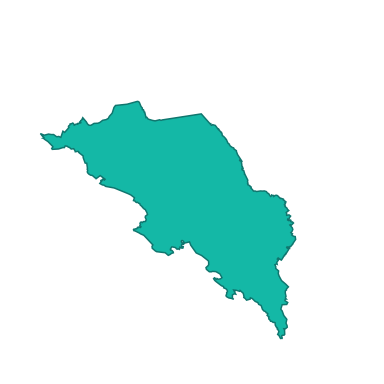 NCR, Second District, Quezon City, Philippines (Equal Earth projection), rotated 125°
{"feature_id": "2640588B12869096786612", "entity_name": "NCR, Second District", "entity_type": "district", "adm_level": 2, "iso_a3": "PHL", "parent_name": "Philippines", "parent_adm1": "Quezon City", "projection": "equal_earth", "projection_center": [121.081, 14.655], "detail": "fine", "context": "isolated", "style": "filled", "palette": "teal", "viewbox_px": 384, "rotation_deg": 125, "n_neighbors": 0, "source": "geoboundaries", "source_scale": "gbopen_adm2", "svg_char_len": 6018}
<svg xmlns="http://www.w3.org/2000/svg" viewBox="0 0 384 384"><g transform="rotate(125 192 192)"><path d="M149.2,288.8L157.3,295.5L165.0,304.3L167.5,304.4L173.2,302.6L177.4,303.1L179.8,302.8L182.0,303.9L184.5,306.3L188.2,307.5L189.7,308.6L192.0,311.6L195.3,313.0L196.4,314.7L196.2,316.7L195.2,318.7L193.8,324.1L195.6,323.8L195.6,323.5L197.4,324.1L198.9,323.6L198.8,323.0L199.1,322.9L199.3,324.0L200.1,323.5L201.4,324.9L202.1,324.5L202.7,325.8L204.8,326.8L204.0,328.1L203.9,329.2L205.3,330.0L206.2,330.9L207.0,330.5L208.8,330.9L209.5,330.6L209.8,329.8L216.2,330.5L216.2,332.6L222.5,330.8L222.9,333.0L224.1,334.2L224.4,334.9L224.3,338.3L225.7,340.3L226.8,342.7L230.2,345.6L231.1,349.7L231.9,347.0L231.5,347.1L232.4,344.4L233.3,344.9L233.1,344.4L233.4,343.3L233.3,338.9L234.6,332.1L234.9,331.8L236.8,331.9L237.2,330.9L233.3,326.0L229.6,323.2L228.8,322.0L227.0,322.3L226.1,320.5L226.2,319.4L225.8,317.8L226.1,315.6L224.4,313.8L225.2,311.7L226.0,310.7L224.0,308.6L224.3,307.2L224.6,307.2L224.9,301.9L226.3,300.8L229.6,296.1L228.8,294.7L232.7,291.1L233.4,291.0L234.1,289.8L235.5,289.4L236.1,288.6L236.5,286.9L236.4,284.8L235.6,283.1L236.0,279.5L235.8,278.9L236.1,278.2L231.2,276.6L231.4,270.5L232.5,270.7L232.4,272.4L234.3,272.3L234.3,273.1L235.1,273.2L235.4,272.9L235.5,272.3L237.9,272.4L237.6,269.4L236.9,268.1L236.9,265.9L233.3,258.0L230.0,243.4L229.5,240.5L229.7,235.9L232.6,235.0L232.1,233.5L232.5,232.5L232.4,231.4L231.7,230.8L231.8,229.1L231.5,228.1L232.3,227.1L232.7,223.9L233.1,223.6L233.1,222.3L233.4,221.3L233.1,220.4L234.7,217.2L236.0,215.5L238.5,216.3L239.7,215.7L240.8,213.7L242.8,213.2L244.2,214.9L245.6,215.2L245.7,216.4L246.4,216.8L247.6,216.6L248.2,215.6L249.2,215.6L249.6,215.1L249.5,214.5L249.7,213.9L250.6,213.8L251.1,215.3L252.0,216.1L252.2,215.8L252.7,216.3L253.8,216.2L254.8,217.4L255.8,217.9L256.0,218.4L256.5,218.3L257.0,217.3L256.6,216.6L255.8,211.5L255.8,210.2L255.1,206.6L257.8,193.7L259.4,193.6L260.9,192.3L261.3,188.3L261.2,186.8L257.1,179.1L257.5,175.1L256.0,174.2L253.9,173.5L252.5,172.4L251.9,173.0L251.5,174.3L251.4,175.5L251.9,176.0L251.8,176.5L250.9,177.0L248.4,177.0L247.0,173.7L247.5,171.9L247.2,171.2L246.4,170.7L246.3,169.5L245.6,169.5L244.2,170.2L243.8,168.1L243.1,167.3L241.8,167.8L241.9,168.4L242.5,169.4L241.3,170.3L240.5,170.3L239.7,168.9L239.1,168.9L238.8,169.6L239.2,171.0L239.2,171.7L238.5,172.5L237.8,172.6L237.4,172.3L237.2,171.3L238.0,168.7L234.3,165.4L236.3,162.5L239.5,153.6L238.5,147.7L239.0,139.2L239.6,138.4L241.9,136.7L243.2,136.6L245.9,137.2L247.1,135.8L247.4,132.1L246.4,130.5L245.2,129.6L243.5,126.7L243.1,122.1L245.0,118.3L246.7,118.8L248.4,120.4L248.5,121.8L249.1,121.6L249.7,122.0L249.3,123.9L249.4,124.4L250.6,124.6L251.4,122.7L251.6,121.0L251.9,114.0L251.4,112.4L251.8,111.3L252.3,111.1L251.8,108.5L252.1,107.4L252.5,106.5L253.3,105.8L254.6,105.9L255.4,105.2L256.7,104.9L257.5,104.6L257.9,103.7L257.7,101.2L256.4,98.2L256.0,96.3L255.8,97.9L253.3,99.8L251.9,99.4L251.1,98.8L250.6,97.6L248.4,101.7L248.0,100.9L248.4,100.0L247.3,99.9L246.0,96.0L245.6,95.8L245.1,96.0L245.6,91.9L247.9,89.4L248.7,89.1L248.7,87.4L249.3,85.3L246.4,82.9L245.2,83.5L244.7,81.6L245.4,77.5L244.8,74.7L245.8,72.9L245.3,70.3L247.7,67.0L248.2,65.0L247.8,63.1L248.4,61.8L248.1,61.0L248.3,60.0L250.0,59.7L250.2,57.3L251.0,57.2L252.1,55.9L252.0,55.2L252.8,53.5L252.2,52.5L252.3,50.7L251.7,50.0L251.4,49.0L253.3,47.4L254.3,45.4L254.3,44.2L254.8,43.6L255.3,43.7L255.4,42.8L256.5,40.7L259.6,40.1L259.6,38.6L261.2,35.5L260.7,35.1L260.4,34.3L259.9,34.3L258.6,35.9L258.1,36.0L257.3,35.6L256.5,34.5L255.4,34.4L251.9,37.1L251.3,38.3L250.5,37.0L248.1,36.4L246.9,37.5L245.5,39.8L241.9,41.3L240.5,46.0L237.7,49.9L237.1,52.0L232.6,53.5L229.8,49.9L227.6,50.2L227.7,53.5L227.4,53.8L226.0,54.1L225.6,53.4L225.3,54.5L224.1,55.2L223.6,55.1L221.2,57.7L219.3,58.9L218.1,58.4L217.3,59.0L214.4,58.6L213.7,62.5L213.2,67.9L210.9,72.4L209.4,74.5L207.0,75.8L206.6,79.6L205.1,80.5L204.0,82.4L202.2,81.3L202.2,81.0L201.1,82.2L198.0,82.2L198.0,83.7L196.6,83.6L196.6,79.8L195.8,79.7L190.8,80.0L190.8,79.7L190.0,79.9L189.3,79.5L188.6,80.0L188.4,79.6L183.3,79.9L183.3,82.5L182.6,82.6L182.6,82.2L181.8,81.9L181.8,80.0L181.0,80.6L180.4,80.5L180.1,79.9L176.8,79.6L176.8,79.8L171.4,79.9L169.3,81.9L169.9,83.1L170.0,82.7L170.0,85.7L168.6,85.7L168.6,87.7L166.8,87.5L164.9,87.9L163.8,89.3L162.9,92.9L162.2,92.6L162.3,91.6L159.2,91.1L158.9,92.5L159.4,93.1L159.5,94.3L158.5,94.7L158.5,95.3L159.9,96.2L160.1,97.6L159.3,98.1L158.8,96.9L157.4,97.4L155.2,97.4L155.1,99.4L156.8,101.1L155.4,102.1L154.7,103.1L151.7,102.1L151.4,103.9L150.7,105.1L150.7,107.0L150.4,107.6L150.0,107.5L149.6,108.5L149.3,108.5L149.3,109.0L147.6,109.0L147.3,109.6L146.9,109.2L146.2,109.4L146.1,112.3L145.9,112.2L145.4,113.0L146.3,116.1L146.6,116.1L145.9,119.9L146.3,121.1L147.0,121.8L148.7,122.4L148.1,123.2L148.5,123.5L148.8,125.0L149.4,124.7L150.5,124.9L150.3,126.0L149.3,128.3L149.6,129.6L149.0,131.3L149.6,133.3L151.0,135.0L151.7,136.3L154.6,139.4L155.0,140.9L155.9,142.0L155.9,142.5L155.3,144.0L155.1,145.8L154.0,146.3L154.2,147.5L153.8,147.8L153.8,149.3L154.0,150.5L153.5,150.7L153.2,151.3L152.7,151.2L151.8,152.4L150.3,153.1L147.1,158.9L147.7,158.9L147.9,158.9L147.4,158.9L147.3,159.3L146.6,159.6L144.8,161.9L145.1,162.8L145.0,163.8L144.5,164.3L143.6,163.5L143.0,164.3L143.1,164.7L142.7,164.7L142.1,165.7L142.2,166.1L140.5,167.3L139.8,168.3L138.7,168.6L138.9,171.0L138.0,171.3L137.7,170.0L135.2,176.2L133.0,179.3L132.7,179.4L132.7,182.3L132.2,182.7L132.0,183.3L132.4,184.5L132.4,186.9L131.9,188.4L131.4,188.8L131.3,190.7L129.2,194.1L129.4,194.8L128.9,195.2L128.3,198.1L128.4,199.5L126.7,201.2L126.7,202.2L126.5,202.6L126.2,202.5L126.1,204.0L125.2,206.2L125.7,206.2L124.1,211.1L125.0,213.7L126.1,214.1L126.2,214.5L125.8,215.9L124.7,215.5L125.8,216.2L122.7,229.2L149.9,257.6L151.1,258.5L151.4,259.9L154.9,263.0L156.0,265.4L157.4,269.6L156.7,272.0L157.4,272.4L154.1,276.1L153.8,276.5L154.1,276.7L154.0,276.9L152.5,278.9L153.0,279.9L151.7,280.9L151.2,282.8L148.7,286.7L148.8,288.2L149.2,288.8Z" fill="#14b8a6" stroke="#0f766e" stroke-width="1.5"/></g></svg>